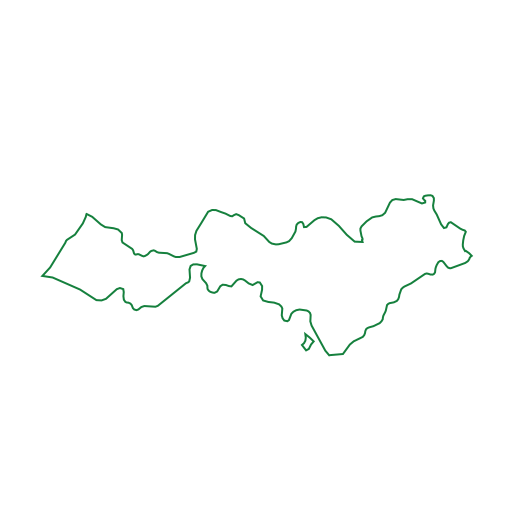 the Metropolitan department of Nord, rotated 319°
{"feature_id": "FRA-5330", "entity_name": "Nord", "entity_type": "Metropolitan department", "adm_level": 1, "iso_a3": "FRA", "parent_name": "France", "parent_adm1": "", "projection": "albers", "projection_center": [3.256, 50.528], "detail": "fine", "context": "isolated", "style": "outline", "palette": "green", "viewbox_px": 512, "rotation_deg": 319, "n_neighbors": 0, "source": "natural_earth", "source_scale": "10m", "svg_char_len": 3812}
<svg xmlns="http://www.w3.org/2000/svg" viewBox="0 0 512 512"><g transform="rotate(319 256 256)"><path d="M155.7,113.1L158.1,119.0L159.6,130.3L161.1,135.2L166.8,141.7L169.3,145.5L169.8,150.6L168.8,152.2L165.1,155.9L164.1,158.2L167.2,169.4L167.0,171.1L165.7,173.9L165.6,175.1L166.1,176.0L168.0,177.0L168.7,177.8L170.1,181.1L170.9,182.5L172.1,183.1L174.5,183.6L175.8,183.7L178.8,183.3L180.3,183.5L182.5,184.6L183.3,186.1L183.7,187.8L184.8,189.7L190.8,195.6L191.7,197.3L193.8,202.4L194.7,204.0L197.6,206.6L210.6,212.6L211.3,212.9L213.8,213.5L216.0,211.8L220.9,203.4L223.8,200.2L227.6,197.9L236.1,195.3L248.9,191.2L253.1,192.5L255.9,195.1L258.5,200.0L260.8,204.0L262.8,208.9L264.1,210.4L266.3,210.7L268.5,211.4L269.8,213.8L271.6,219.9L269.4,224.2L270.7,231.6L275.0,246.0L275.2,254.1L276.1,257.0L278.6,260.3L280.8,262.0L287.9,265.7L290.7,266.5L294.7,266.0L301.8,263.4L304.0,261.7L305.6,260.1L307.3,259.0L309.6,258.8L311.9,259.5L313.0,260.8L312.7,262.9L311.2,265.7L313.2,267.2L323.7,267.3L327.4,268.0L330.9,269.8L334.2,272.9L336.9,277.7L338.3,287.6L338.4,299.5L339.9,309.9L345.6,315.3L346.3,313.7L346.5,313.5L346.8,313.7L347.5,313.2L347.9,312.5L348.6,310.3L351.5,305.3L352.8,303.8L355.1,302.9L362.2,302.4L369.0,303.1L372.3,304.8L375.2,306.8L378.1,308.1L381.8,308.1L392.1,303.6L395.6,303.2L398.8,304.7L404.2,310.6L407.7,312.6L411.1,315.6L415.7,325.2L418.8,326.6L419.9,325.4L419.7,323.6L419.8,322.0L421.8,321.1L423.3,321.6L425.5,323.0L427.6,324.7L428.6,326.4L428.2,329.0L426.6,330.9L422.8,334.0L421.1,336.5L420.4,338.6L419.6,343.3L416.5,353.5L416.2,358.2L418.5,359.3L421.8,357.8L423.5,357.5L425.2,358.3L428.1,369.3L429.1,371.7L430.3,373.7L430.2,375.4L426.3,377.4L422.6,380.2L419.6,383.0L418.4,384.5L417.6,386.4L417.0,389.5L417.7,389.8L418.7,393.7L418.9,397.4L417.7,397.3L416.0,397.6L415.3,398.1L413.5,398.7L412.3,398.9L409.3,398.5L395.4,393.2L394.4,392.6L393.8,391.6L393.4,391.1L393.3,390.3L393.2,388.7L393.5,383.4L393.1,381.7L391.7,380.6L389.6,380.3L386.4,381.4L384.3,382.5L383.0,383.4L380.4,385.8L378.7,386.3L377.2,386.0L375.5,384.4L374.5,382.7L373.4,381.2L371.8,380.4L355.0,378.4L347.9,376.4L346.0,376.2L343.8,376.4L338.9,379.2L337.0,380.8L335.0,381.9L332.8,382.3L329.6,381.4L325.8,379.2L324.3,378.9L322.7,379.0L318.1,382.4L316.5,383.2L313.9,384.2L312.8,384.7L311.4,385.7L310.1,386.9L307.9,387.6L305.3,387.8L298.6,386.0L294.6,384.1L292.8,383.5L291.0,383.5L289.1,384.5L287.7,385.7L285.8,386.7L283.5,387.1L273.8,384.5L268.7,384.4L257.3,387.0L247.0,379.5L246.1,379.0L246.2,372.9L252.3,345.0L254.1,341.0L258.6,336.3L259.4,334.4L259.3,332.3L258.5,330.4L253.8,325.0L250.8,323.3L247.7,322.6L244.8,322.8L238.8,326.0L236.9,325.8L235.0,323.3L235.2,320.5L236.5,317.7L241.4,312.9L242.0,310.8L241.7,307.6L239.1,303.1L235.1,298.7L232.2,294.2L233.0,289.5L238.5,285.4L240.9,282.7L241.5,278.5L240.0,276.8L234.4,275.7L232.5,271.9L231.6,267.2L230.9,265.2L229.6,263.5L227.5,262.2L225.1,261.8L217.5,262.8L215.8,260.9L214.3,258.2L212.0,255.8L209.2,255.4L203.4,257.3L200.6,256.6L199.7,255.7L198.8,254.4L198.0,253.0L197.6,251.4L197.7,249.5L198.2,248.5L199.8,246.5L200.5,243.8L200.4,238.3L201.4,235.5L203.4,233.3L205.9,231.6L208.5,230.5L211.0,230.2L206.1,223.7L203.2,221.2L200.2,220.6L197.0,222.5L192.0,229.1L189.0,231.3L187.7,231.4L185.2,230.6L149.2,229.2L146.8,228.3L138.9,220.5L136.0,219.3L132.2,219.2L130.3,218.5L129.0,216.5L128.9,214.6L130.0,211.5L130.0,209.5L129.1,207.5L128.0,206.4L127.3,205.0L127.6,202.3L129.6,199.3L132.5,196.5L134.1,193.9L132.3,190.9L129.2,189.7L114.7,189.9L110.3,188.2L106.6,184.6L101.2,165.9L88.4,138.8L81.7,130.9L93.1,129.6L120.8,120.9L122.5,120.0L123.9,119.8L133.5,121.1L146.7,117.8L153.2,114.8L155.6,113.1L155.7,113.1ZM242.0,347.3L243.0,352.7L243.5,358.3L239.5,358.9L234.9,360.8L231.9,360.1L232.3,353.3L235.0,353.3L237.7,352.3L240.0,350.3L242.0,347.3Z" fill="none" stroke="#15803d" stroke-width="2"/></g></svg>